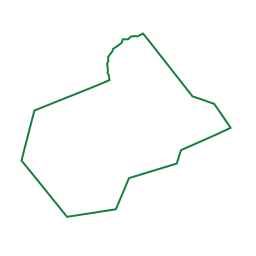 Lagoa Alegre, Piauí, Brazil, rotated 7°
{"feature_id": "56859067B42256533282614", "entity_name": "Lagoa Alegre", "entity_type": "district", "adm_level": 2, "iso_a3": "BRA", "parent_name": "Brazil", "parent_adm1": "Piauí", "projection": "mercator", "projection_center": [-42.558, -4.484], "detail": "fine", "context": "isolated", "style": "outline", "palette": "green", "viewbox_px": 256, "rotation_deg": 7, "n_neighbors": 0, "source": "geoboundaries", "source_scale": "gbopen_adm2", "svg_char_len": 610}
<svg xmlns="http://www.w3.org/2000/svg" viewBox="0 0 256 256"><g transform="rotate(7 128 128)"><path d="M123.2,36.0L120.0,36.7L117.3,39.9L111.9,40.7L111.4,44.1L109.1,46.4L106.5,48.8L103.6,51.2L103.1,53.8L99.6,59.9L100.3,64.1L99.5,66.6L100.9,72.6L101.0,75.9L102.4,77.6L103.8,82.7L91.9,89.6L33.0,122.0L31.3,134.6L27.8,161.2L26.3,173.4L35.8,182.4L78.3,223.6L125.9,210.1L128.7,200.3L135.1,177.6L175.9,159.5L180.7,157.4L183.3,143.5L217.6,123.0L229.7,115.4L227.3,112.4L210.7,93.6L198.5,90.9L188.1,88.7L137.1,37.9L131.4,32.4L128.8,34.2L126.1,35.9L123.2,36.0Z" fill="none" stroke="#15803d" stroke-width="2"/></g></svg>